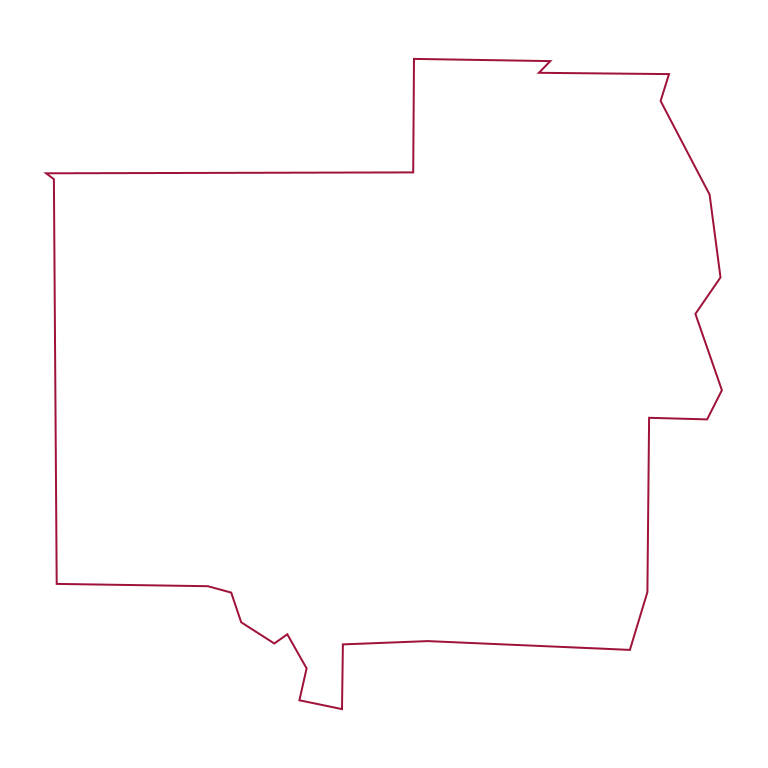 Turner, Georgia, United States of America
{"feature_id": "52423323B78124087935217", "entity_name": "Turner", "entity_type": "district", "adm_level": 2, "iso_a3": "USA", "parent_name": "United States of America", "parent_adm1": "Georgia", "projection": "albers", "projection_center": [-83.607, 31.711], "detail": "fine", "context": "isolated", "style": "outline", "palette": "rose", "viewbox_px": 768, "rotation_deg": 0, "n_neighbors": 0, "source": "geoboundaries", "source_scale": "gbopen_adm2", "svg_char_len": 455}
<svg xmlns="http://www.w3.org/2000/svg" viewBox="0 0 768 768"><path d="M46.1,173.3L53.9,179.2L56.7,583.9L207.8,586.2L231.2,592.6L241.2,622.3L274.3,643.5L287.3,634.3L306.6,668.4L299.4,700.3L342.0,709.1L342.9,644.4L427.7,641.1L629.9,649.9L647.4,592.1L649.1,417.8L707.1,419.4L721.9,390.2L695.4,313.9L720.5,277.4L709.6,194.6L660.6,101.0L669.0,74.1L538.9,72.8L550.3,61.1L414.0,58.9L413.2,172.4L46.1,173.3Z" fill="none" stroke="#9f1239" stroke-width="2"/></svg>